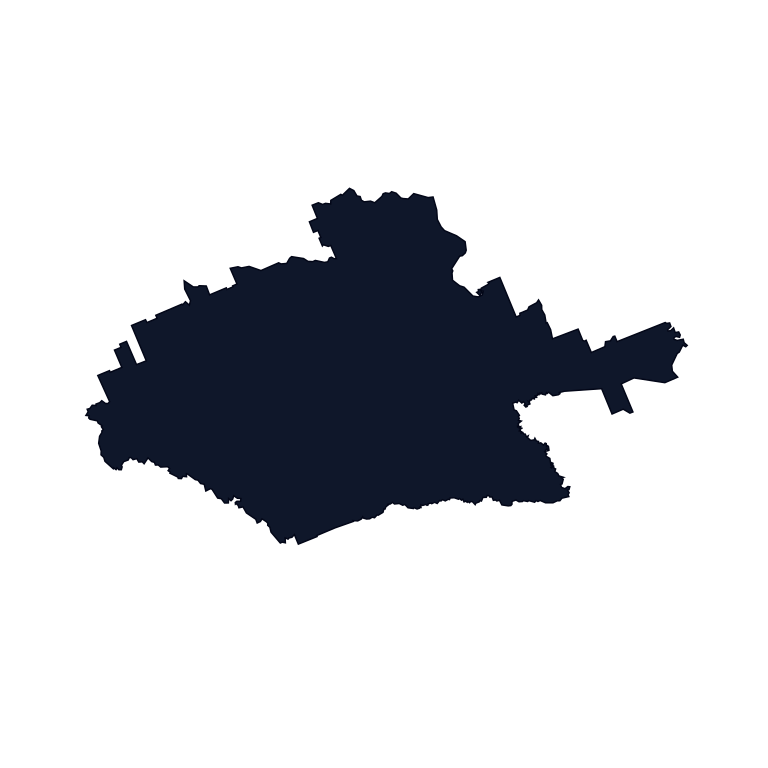 the district of Latrobe (Vic.), Victoria, Australia, rotated 58°
{"feature_id": "25037944B78078629114467", "entity_name": "Latrobe (Vic.)", "entity_type": "district", "adm_level": 2, "iso_a3": "AUS", "parent_name": "Australia", "parent_adm1": "Victoria", "projection": "orthographic", "projection_center": [146.558, -38.254], "detail": "fine", "context": "isolated", "style": "filled", "palette": "ink", "viewbox_px": 768, "rotation_deg": 58, "n_neighbors": 0, "source": "geoboundaries", "source_scale": "gbopen_adm2", "svg_char_len": 6170}
<svg xmlns="http://www.w3.org/2000/svg" viewBox="0 0 768 768"><g transform="rotate(58 384 384)"><path d="M207.2,445.7L204.4,453.1L221.3,455.7L220.6,460.3L221.6,460.4L220.6,467.1L218.9,466.8L216.0,484.7L206.7,482.8L202.7,488.7L203.1,490.4L200.6,494.3L190.6,498.8L197.9,502.7L210.8,503.9L214.0,507.3L209.0,508.8L210.2,512.7L209.2,513.0L204.8,541.1L208.0,541.6L206.3,552.5L203.1,552.2L200.6,567.1L238.4,573.3L236.4,583.6L211.4,579.8L210.2,587.0L213.6,587.6L212.4,594.6L231.0,597.5L229.0,610.0L227.2,609.7L225.1,622.2L253.6,626.0L254.3,628.3L253.0,630.5L248.6,632.2L249.2,634.9L248.4,638.9L249.6,639.6L247.4,642.7L248.9,646.5L248.1,649.1L250.8,649.6L252.7,653.4L254.7,650.9L256.3,652.4L258.1,652.0L263.4,646.6L265.5,647.1L270.2,645.1L270.5,646.3L273.9,646.2L274.3,648.3L275.4,648.5L277.6,652.9L283.1,657.4L290.9,659.3L294.1,661.5L297.7,660.5L301.7,661.6L312.4,658.5L311.8,657.7L314.6,656.6L313.6,654.8L316.2,654.3L317.5,652.2L315.5,650.0L313.8,649.8L311.9,645.9L312.9,641.2L311.4,639.0L312.5,637.4L315.2,636.9L316.3,633.2L320.3,633.3L321.9,630.2L324.5,629.7L321.6,623.3L326.7,622.1L328.8,620.2L331.6,620.8L333.1,618.3L336.1,617.4L339.5,611.3L342.1,610.6L343.1,613.0L345.6,611.9L346.2,612.8L353.6,608.2L355.1,608.5L356.9,605.9L355.6,603.7L358.0,600.6L355.3,599.1L355.8,598.5L365.1,594.7L367.0,592.7L371.2,592.3L373.8,589.6L380.3,591.8L380.8,586.6L382.2,585.6L392.6,585.5L395.1,582.7L400.4,582.3L402.4,579.0L398.8,576.5L401.9,575.6L401.4,573.3L399.1,570.7L403.2,568.9L405.3,566.0L407.5,567.8L405.5,570.9L405.7,572.9L407.1,573.6L407.0,572.8L409.7,572.0L412.1,572.6L413.5,568.7L420.4,569.0L430.8,564.4L434.7,565.2L435.1,561.7L433.7,558.9L438.5,556.7L440.6,556.3L442.2,557.5L444.9,556.7L449.8,558.3L463.9,556.2L464.2,554.1L466.4,551.8L462.1,549.4L464.7,547.6L464.2,546.1L465.2,543.3L464.2,539.8L474.4,541.5L477.9,521.6L476.9,521.4L480.0,502.0L484.3,482.8L483.4,482.7L486.2,478.8L486.5,474.9L485.4,472.5L486.6,472.7L489.3,470.3L490.7,467.6L490.7,464.6L492.4,462.9L491.4,459.3L492.2,458.4L492.3,452.9L489.9,450.3L490.6,449.5L489.1,447.4L488.8,444.3L488.1,444.4L489.1,442.2L488.9,439.5L491.3,438.7L493.4,434.4L496.7,432.4L497.3,430.1L501.7,429.2L505.2,425.0L504.7,424.1L507.5,422.2L508.2,419.4L507.4,418.6L508.2,418.0L505.9,416.7L507.5,415.5L508.3,412.4L509.7,411.8L509.9,410.7L508.9,410.0L510.0,407.0L510.8,406.9L511.1,403.8L513.5,402.2L512.3,398.6L513.4,397.7L513.1,395.6L515.6,394.0L515.8,390.6L516.7,389.7L515.7,388.3L517.7,384.7L521.2,381.9L521.2,380.6L523.6,379.8L523.5,378.2L526.4,378.6L526.6,376.9L528.4,376.1L527.9,375.2L530.0,374.3L529.5,373.0L530.5,371.4L534.6,370.6L533.7,369.3L534.4,365.7L533.6,364.8L534.9,363.4L532.6,360.2L534.3,357.3L533.2,355.6L534.4,354.1L535.9,354.2L537.0,352.2L540.6,352.9L541.4,350.9L543.0,350.3L543.8,347.7L549.0,348.1L553.2,343.2L554.3,340.9L553.8,339.2L551.4,337.7L552.3,333.6L555.4,331.9L557.0,328.9L556.8,327.6L559.8,324.4L559.6,323.0L564.1,318.9L563.5,316.8L565.2,315.7L565.5,313.3L570.3,310.0L574.3,303.6L574.8,299.1L576.2,296.7L575.1,293.6L577.4,286.9L575.4,286.6L574.3,284.6L571.2,284.7L571.6,283.1L569.6,280.9L568.4,282.4L568.7,286.0L565.7,288.3L562.7,287.5L563.1,286.0L559.8,282.5L557.7,283.3L558.2,281.3L554.6,284.4L551.9,284.1L548.8,285.6L547.0,283.5L545.6,284.5L543.7,283.8L544.0,286.4L543.2,286.7L542.9,284.2L541.3,285.6L539.9,284.9L541.9,283.6L540.8,282.7L538.5,284.3L535.0,282.8L531.4,284.7L530.0,284.4L529.6,282.9L526.7,283.6L526.9,282.0L525.6,282.2L525.2,280.1L527.4,280.5L527.6,279.2L524.2,277.7L523.1,277.9L523.1,279.3L520.5,278.0L519.5,278.7L520.3,281.1L517.0,282.2L516.0,284.5L514.6,283.4L513.1,285.0L510.0,284.8L511.0,286.2L509.6,289.5L505.6,290.7L504.4,289.3L504.4,291.2L501.3,290.8L500.5,292.0L498.7,292.0L498.3,293.6L497.4,292.6L494.9,294.7L495.9,293.1L494.3,292.5L494.8,290.0L493.1,292.3L492.5,290.8L491.3,293.5L490.4,293.0L490.7,291.9L488.7,291.2L488.2,287.2L486.0,289.3L484.8,287.5L482.9,287.3L482.4,285.8L476.9,285.9L474.9,287.4L468.5,285.1L469.1,281.9L470.4,281.0L469.1,278.4L473.2,277.2L472.8,275.2L475.6,274.7L476.3,276.4L478.7,275.9L478.9,274.5L477.8,274.4L478.2,270.8L475.4,270.8L476.4,270.2L475.1,269.1L475.6,267.4L474.7,265.9L476.3,264.4L475.1,263.7L476.1,261.8L474.2,261.9L475.0,260.3L473.7,258.5L475.2,258.3L474.4,256.7L475.2,256.6L475.1,254.9L476.3,255.3L478.8,252.8L477.4,250.8L478.5,250.6L478.3,248.7L483.4,247.0L485.5,241.9L485.4,239.9L484.1,239.8L485.8,234.7L503.3,201.9L530.3,206.5L532.1,194.5L539.0,190.9L539.6,187.7L509.6,182.8L511.3,168.8L531.7,145.1L533.8,131.3L526.0,132.7L520.4,130.0L513.5,119.2L513.4,116.7L509.4,110.1L512.3,108.4L511.9,106.4L508.0,107.6L504.6,106.5L502.4,112.3L499.7,114.4L498.3,113.5L498.4,111.2L501.0,108.6L499.4,106.8L496.0,106.5L494.7,109.8L489.9,108.7L490.7,112.5L489.7,115.0L488.2,114.7L487.3,110.2L483.6,109.4L482.4,112.2L480.9,112.9L471.6,163.9L465.7,162.9L465.2,164.5L467.4,169.1L465.5,173.7L469.4,176.9L467.2,191.5L454.0,189.4L453.9,191.3L452.4,192.4L440.3,190.3L435.0,217.2L426.2,213.9L418.5,213.1L418.4,214.3L410.7,211.1L404.5,210.8L400.8,208.6L394.6,208.4L396.0,211.5L395.4,220.1L397.4,223.0L396.0,231.3L397.9,232.3L397.2,236.4L355.0,229.3L352.9,241.9L354.0,241.4L354.7,243.3L354.3,250.7L355.1,251.5L353.9,254.0L355.7,254.9L355.4,256.8L359.4,255.8L358.1,252.6L356.0,252.4L357.9,250.6L360.6,253.5L360.1,257.9L356.5,262.0L344.3,264.8L340.8,267.8L332.3,270.9L325.9,267.5L324.5,265.7L322.1,265.6L315.7,252.1L316.7,249.5L315.9,245.6L314.1,243.4L306.3,239.8L296.8,243.9L286.0,251.4L281.0,252.3L272.7,251.6L264.4,247.1L251.4,243.3L249.3,247.8L238.3,257.9L239.9,265.4L236.8,269.6L235.2,271.1L228.6,272.6L225.0,275.6L225.3,278.5L222.7,281.5L222.2,283.9L223.8,286.3L225.4,295.8L221.8,298.5L219.0,304.3L216.2,305.8L212.4,304.9L210.2,307.3L204.0,307.1L199.8,309.6L201.9,319.4L200.3,320.1L200.1,331.8L203.1,333.8L199.8,337.9L199.2,340.9L195.5,343.6L194.3,350.2L208.3,352.7L206.9,361.3L218.0,363.4L218.8,358.7L226.3,359.9L226.0,361.8L234.3,363.1L233.8,361.6L237.8,358.3L238.3,355.7L252.5,357.9L251.3,359.9L248.6,361.4L248.3,363.5L250.6,366.9L249.3,370.1L242.8,376.8L242.5,379.5L239.7,383.5L235.0,385.7L227.0,394.9L227.4,397.4L230.2,402.6L227.6,407.7L225.4,409.1L222.6,428.2L212.8,436.1L210.0,443.4L207.2,445.7Z" fill="#0f172a" stroke="#020617" stroke-width="1.5"/></g></svg>